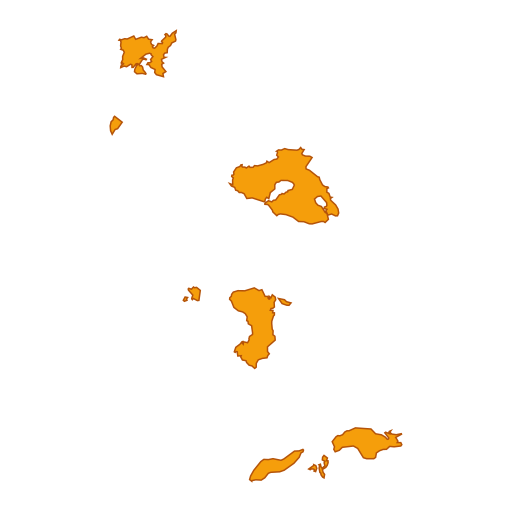 Voreioy Aigaioy, Voreio Aigaio, Greece (Mercator projection)
{"feature_id": "26713481B43979888680650", "entity_name": "Voreioy Aigaioy", "entity_type": "district", "adm_level": 2, "iso_a3": "GRC", "parent_name": "Greece", "parent_adm1": "Voreio Aigaio", "projection": "mercator", "projection_center": [26.018, 38.772], "detail": "fine", "context": "isolated", "style": "filled", "palette": "amber", "viewbox_px": 512, "rotation_deg": 0, "n_neighbors": 0, "source": "geoboundaries", "source_scale": "gbopen_adm2", "svg_char_len": 6016}
<svg xmlns="http://www.w3.org/2000/svg" viewBox="0 0 512 512"><path d="M301.9,149.3L300.7,147.5L298.9,149.5L296.9,150.2L288.1,149.6L284.7,148.6L281.3,150.1L278.5,149.9L276.6,151.2L277.3,151.4L277.5,152.6L276.7,155.2L278.4,157.0L276.8,159.1L274.1,159.5L269.1,162.6L266.9,161.2L266.4,162.8L263.3,164.3L257.6,165.9L254.5,165.6L253.1,167.3L250.1,167.4L249.0,166.1L246.3,168.0L244.9,167.1L242.6,167.1L241.9,166.6L242.1,164.7L240.9,164.9L239.9,166.5L236.4,167.8L233.6,172.0L233.9,174.2L233.2,175.1L231.9,175.2L231.7,176.5L233.3,177.9L232.6,179.9L232.7,184.7L229.7,183.6L231.4,186.0L234.7,187.4L235.7,190.2L237.6,190.7L239.2,192.5L241.5,192.5L244.1,193.7L246.8,198.5L252.2,197.9L263.9,201.7L264.9,201.2L265.3,199.1L266.7,197.3L268.8,198.6L270.3,192.6L274.8,188.9L274.8,184.7L276.4,182.3L278.9,182.0L281.0,180.4L287.8,180.5L292.5,182.4L294.1,184.4L294.2,185.4L292.3,189.4L288.0,190.5L287.7,191.8L286.1,192.1L284.0,194.0L282.0,193.5L281.6,194.3L279.4,194.8L275.7,200.0L273.4,200.3L271.8,201.9L268.5,200.7L264.9,203.2L264.9,204.3L267.6,204.5L268.7,205.3L272.3,210.1L272.9,212.0L276.8,215.7L278.3,214.4L280.4,213.9L286.0,214.6L292.9,217.1L298.6,221.5L303.9,221.7L309.3,223.8L312.2,223.9L321.2,221.5L323.6,221.5L325.1,222.5L328.4,219.3L327.0,213.6L325.1,212.3L321.4,206.5L317.9,205.2L315.7,202.7L314.5,199.0L317.5,196.5L320.9,196.0L326.6,202.6L326.9,205.3L326.4,206.3L324.4,207.1L324.2,208.5L327.0,209.3L325.9,210.9L327.9,215.1L331.6,214.0L335.5,215.9L337.5,215.8L338.7,213.0L338.0,209.0L335.6,204.9L330.6,200.2L330.4,198.5L331.9,197.4L330.2,197.1L328.9,193.4L326.8,192.1L326.9,188.6L328.4,187.9L327.9,187.0L324.9,186.6L322.5,184.9L319.8,179.7L319.2,177.2L317.5,176.7L309.5,170.3L306.1,168.9L305.9,166.7L312.1,157.5L309.8,156.2L305.4,156.1L302.4,154.8L301.8,153.5L304.1,149.6L301.9,149.3ZM254.3,287.9L244.8,290.8L237.9,290.7L233.3,292.1L231.6,294.4L231.3,296.3L229.8,297.7L229.6,299.3L231.4,301.1L233.9,307.4L238.3,310.8L242.6,311.9L245.2,313.6L247.2,316.8L246.7,320.7L248.0,321.3L248.3,323.8L251.6,325.7L252.6,333.0L252.5,334.5L249.5,336.5L248.9,338.9L249.2,339.7L247.6,342.7L243.5,341.8L243.2,344.2L242.3,343.2L242.6,341.6L241.8,341.9L240.2,344.0L235.8,347.3L234.3,351.8L235.2,352.4L236.1,351.6L237.2,351.7L237.8,356.0L241.2,355.7L240.7,356.9L242.4,360.0L246.0,360.7L246.6,362.5L249.1,365.2L251.9,365.9L254.7,368.4L256.2,367.2L256.3,363.3L258.3,359.8L262.3,358.4L267.0,357.8L267.8,355.5L269.3,353.8L267.5,351.5L267.5,346.8L275.2,340.1L274.9,336.3L272.9,334.7L273.1,330.8L272.2,329.1L271.7,323.5L271.8,321.1L273.5,315.9L274.4,315.0L274.4,312.8L272.6,312.8L273.0,310.5L270.3,310.3L271.0,308.5L272.8,308.3L274.4,307.0L274.1,302.3L275.7,299.8L275.2,297.1L272.3,294.8L270.9,297.8L269.4,296.5L269.6,299.0L269.1,299.2L268.2,298.4L267.8,296.4L265.1,296.4L261.9,289.7L259.0,290.6L254.3,287.9ZM175.9,39.7L174.6,34.1L175.9,32.9L176.2,30.7L172.3,33.2L169.9,36.4L168.7,36.1L167.2,34.1L166.0,33.6L164.9,34.6L165.8,35.6L165.7,37.1L161.7,40.9L161.5,41.5L162.6,42.5L162.3,43.6L158.1,43.5L156.9,46.0L154.6,48.2L153.0,47.8L152.4,46.7L153.6,45.4L151.7,44.6L150.9,43.0L150.6,41.8L152.1,39.7L148.6,39.2L146.7,36.3L144.0,37.7L141.4,37.2L135.7,39.3L133.8,36.0L127.2,39.0L124.7,38.7L121.4,39.8L119.6,39.3L119.0,40.2L120.4,40.3L121.0,42.1L120.6,45.9L121.4,48.3L120.7,49.3L123.2,50.2L124.3,52.2L122.6,56.5L122.7,59.6L121.3,62.6L121.4,63.4L122.1,62.6L123.5,63.8L120.9,66.1L120.7,67.6L124.1,66.1L126.6,66.7L130.6,64.2L131.9,64.8L132.0,67.4L133.2,67.4L136.2,63.7L137.8,63.6L138.6,64.3L136.7,65.3L134.8,69.4L134.5,71.7L136.9,73.8L142.4,73.4L145.6,74.2L146.0,73.8L145.3,72.5L143.2,70.0L142.6,67.1L141.3,65.6L139.8,65.8L139.2,64.6L142.4,59.6L144.1,59.1L146.0,59.8L146.4,59.2L143.6,57.9L140.7,58.3L146.0,54.1L149.7,53.2L151.2,54.0L151.1,54.7L152.9,56.6L150.6,59.5L151.6,61.5L149.9,62.7L147.9,62.8L146.9,64.5L148.9,64.6L150.9,67.5L155.1,69.5L154.7,72.5L156.4,74.7L163.5,76.7L162.9,73.5L165.9,71.6L162.1,66.9L161.7,64.3L163.6,63.1L162.0,61.8L161.5,59.3L165.5,57.4L164.0,57.3L163.5,54.7L164.8,53.1L167.2,52.7L167.4,49.2L168.2,47.3L170.5,45.5L171.8,42.9L175.5,41.1L175.9,39.7ZM371.0,429.0L355.4,427.9L349.0,430.8L347.0,430.8L344.8,432.0L342.6,434.7L339.9,435.8L337.8,435.6L336.0,436.8L332.2,441.7L334.5,446.8L333.8,449.3L335.2,451.8L339.3,450.3L342.3,447.3L353.4,446.0L357.7,448.4L363.4,457.7L366.6,458.7L373.8,458.7L375.6,457.4L376.4,452.9L379.6,450.7L383.2,449.4L386.5,449.3L389.7,446.4L394.1,446.8L400.8,446.0L401.8,444.7L400.8,442.6L397.2,442.6L397.9,441.1L395.7,437.4L401.5,434.2L401.3,433.7L396.3,434.7L392.0,434.1L390.3,432.8L390.2,431.7L390.9,430.7L389.3,431.4L388.8,432.6L389.4,433.7L385.6,432.2L384.8,432.8L388.8,438.0L388.3,439.1L387.3,439.3L385.3,437.1L381.4,434.8L375.6,433.8L371.0,429.0ZM303.5,450.1L302.9,449.4L299.1,450.9L294.5,451.1L283.8,459.0L281.0,460.3L273.0,458.7L268.3,459.6L263.8,459.4L260.8,461.6L253.8,470.3L250.6,476.0L249.6,479.6L251.8,481.3L251.9,480.6L255.8,479.8L261.2,480.1L264.8,477.8L268.3,473.3L270.8,472.3L279.7,471.8L284.2,470.2L293.9,463.3L299.2,457.3L301.0,452.9L303.0,451.8L303.5,450.1ZM112.2,134.3L115.1,129.5L117.6,128.7L122.2,122.2L114.6,116.3L113.6,117.4L113.1,119.8L111.1,121.8L110.2,125.9L110.6,130.8L112.2,134.3ZM193.5,287.0L191.4,289.2L188.8,288.3L188.2,289.0L188.5,290.2L192.8,295.1L191.7,298.4L192.0,299.3L192.4,299.7L193.4,298.5L197.4,300.6L198.9,300.4L200.3,290.4L196.6,287.4L194.4,287.7L193.5,287.0ZM326.5,460.7L327.4,458.0L324.0,455.4L322.6,457.2L322.3,459.9L324.8,461.2L324.1,462.9L324.9,465.8L322.1,468.3L321.0,466.8L320.4,464.2L318.9,464.8L319.6,465.6L319.1,468.1L319.9,472.5L320.8,473.1L321.0,474.8L322.6,477.1L324.0,477.9L324.6,474.4L323.1,472.4L322.4,469.5L325.8,467.4L327.2,465.4L328.1,462.7L328.0,460.8L326.5,460.7ZM284.5,299.7L278.5,298.5L282.1,303.6L286.7,305.2L289.0,305.3L291.0,302.9L286.5,301.7L284.5,299.7ZM316.8,468.3L315.8,465.6L313.8,464.7L313.9,465.3L308.7,469.0L310.2,469.7L311.5,468.9L313.8,469.1L314.5,470.0L314.0,471.0L315.6,471.6L316.8,468.3ZM184.4,301.3L187.0,300.3L186.5,299.0L187.6,297.5L185.1,297.0L183.3,300.3L184.4,301.3Z" fill="#f59e0b" stroke="#b45309" stroke-width="1.5"/></svg>